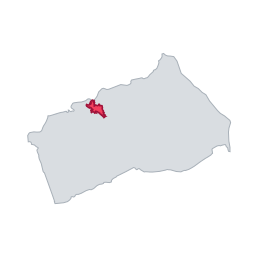 location of Nanumba South, Northern, Ghana, rotated 251°
{"feature_id": "2480657B24752518727633", "entity_name": "Nanumba South", "entity_type": "district", "adm_level": 2, "iso_a3": "GHA", "parent_name": "Ghana", "parent_adm1": "Northern", "projection": "natural_earth1", "projection_center": [0.077, 8.766], "detail": "fine", "context": "in_parent", "style": "filled", "palette": "rose", "viewbox_px": 256, "rotation_deg": 251, "n_neighbors": 0, "source": "geoboundaries", "source_scale": "gbopen_adm2", "svg_char_len": 6354}
<svg xmlns="http://www.w3.org/2000/svg" viewBox="0 0 256 256"><g transform="rotate(251 128 128)"><path d="M153.5,30.7L155.2,32.6L155.6,33.7L155.0,37.7L153.8,40.5L153.0,43.1L153.1,44.4L153.8,45.7L156.4,47.8L157.7,49.1L159.3,51.2L161.1,53.1L164.2,55.7L165.5,56.2L165.4,56.9L165.0,57.9L164.7,67.5L164.5,70.0L164.2,71.3L164.0,74.8L163.6,75.4L163.0,75.3L162.5,75.5L162.4,76.2L162.6,76.9L164.4,77.4L164.0,78.0L162.7,78.5L162.0,79.5L162.3,80.8L161.6,81.8L161.8,82.4L162.3,82.9L163.0,82.7L165.2,81.1L166.1,80.9L167.2,81.3L169.3,83.8L169.4,85.0L168.6,89.2L167.7,92.5L167.6,96.9L168.5,99.3L168.3,100.7L167.4,101.8L165.3,103.5L165.4,104.7L166.4,106.8L168.2,109.2L171.7,112.1L173.6,116.0L173.6,117.6L172.5,119.1L171.3,120.5L170.9,122.4L171.4,135.3L168.6,140.9L168.6,142.5L168.9,144.4L169.6,145.5L171.1,145.8L172.2,146.9L171.8,150.8L171.2,154.8L171.1,156.8L170.8,157.7L169.7,158.4L169.3,159.7L169.5,161.2L169.3,162.4L169.9,163.9L171.2,165.8L173.2,170.4L174.0,170.7L174.4,171.7L174.2,172.7L175.0,174.7L177.2,176.7L179.6,178.5L181.6,178.8L182.0,180.4L183.3,182.4L184.2,183.3L185.7,183.9L186.9,184.2L186.9,185.9L184.8,187.1L183.3,188.8L182.2,191.5L180.6,194.5L175.3,196.1L173.2,196.1L162.3,196.1L152.0,202.0L146.1,204.1L142.4,207.3L137.5,209.7L134.1,212.5L127.0,213.9L115.4,218.3L111.7,220.1L108.0,223.2L102.0,226.8L99.7,226.8L95.0,223.4L91.5,221.7L82.8,219.1L76.4,218.1L73.3,217.0L72.4,216.8L73.2,215.5L75.0,215.5L76.9,215.8L78.3,214.9L80.4,214.8L80.9,213.8L81.1,211.4L81.1,209.4L81.8,208.5L82.0,206.2L81.0,201.0L80.3,200.4L76.5,199.7L76.2,198.6L75.5,197.6L74.8,194.9L74.0,190.9L72.7,186.0L70.2,177.9L69.6,175.1L69.1,172.1L69.1,168.6L69.6,167.3L69.5,165.5L69.3,163.8L71.1,159.6L74.6,154.6L75.3,152.8L76.0,151.5L76.0,149.7L76.7,143.8L78.4,136.7L79.4,134.0L80.1,132.5L81.0,130.2L81.2,129.0L84.4,126.3L85.9,125.5L86.2,124.4L85.7,123.2L85.9,122.4L86.7,122.0L87.9,121.6L88.8,120.5L87.4,111.7L86.3,103.0L86.3,102.2L85.6,101.0L85.0,97.4L83.9,95.3L82.4,94.7L82.4,92.7L84.0,89.3L84.4,87.4L83.6,86.8L83.5,85.2L84.0,82.7L83.8,81.2L83.5,79.6L81.9,75.8L81.6,73.1L82.4,71.5L82.4,68.0L81.5,62.6L81.4,59.3L82.0,57.8L81.7,56.5L80.5,55.2L80.5,54.0L81.4,52.8L81.3,51.8L80.1,51.2L79.0,49.5L78.1,46.9L78.3,42.7L80.1,35.0L80.3,34.4L82.4,34.4L82.4,34.7L88.8,34.7L96.2,34.6L105.0,34.5L113.0,34.4L113.3,34.0L114.6,33.6L122.7,34.4L127.7,34.0L129.9,34.3L131.4,34.8L134.9,34.5L136.8,34.7L138.2,36.6L138.7,36.6L139.5,35.8L140.9,34.8L142.3,34.1L143.3,32.6L144.0,31.4L144.9,31.7L146.2,31.6L147.1,30.6L147.4,29.2L153.5,30.7Z" fill="#d9dde1" stroke="#a8b0b8" stroke-width="1"/><path d="M145.8,108.7L145.8,108.8L145.7,109.0L145.8,109.1L145.9,109.3L146.0,109.4L146.2,109.5L146.1,109.9L146.4,110.3L146.4,110.6L146.5,110.5L146.8,110.5L146.9,110.4L146.9,110.5L147.0,110.5L147.1,110.4L147.3,110.4L147.4,110.2L147.6,110.0L147.4,110.2L147.5,110.2L147.8,110.0L147.8,109.9L148.0,109.7L148.1,109.8L148.2,110.2L148.3,110.1L148.4,109.9L148.5,109.8L148.7,109.7L148.8,109.8L148.9,109.7L149.0,109.7L149.0,109.4L149.3,109.4L149.5,109.6L149.7,109.9L150.0,109.8L150.1,110.0L150.3,110.3L150.4,110.2L150.6,110.0L150.7,109.9L150.8,109.9L150.8,110.0L150.9,109.8L151.0,109.7L151.1,109.8L151.1,110.0L152.1,110.0L152.1,110.3L152.3,110.3L152.4,110.2L152.9,110.1L153.5,109.8L153.9,109.8L154.4,110.0L154.6,110.0L154.9,110.1L155.2,110.0L155.3,110.2L155.3,110.3L155.5,110.5L156.0,110.5L156.5,110.6L156.8,110.6L157.0,110.7L157.4,110.7L157.6,110.7L157.9,109.9L158.0,109.4L158.1,109.2L158.2,108.7L158.3,108.5L158.8,108.3L159.1,108.5L159.3,108.8L159.5,108.8L159.7,108.6L159.8,108.6L159.9,108.4L159.9,108.1L159.9,107.9L159.4,107.7L159.0,107.1L159.0,106.8L159.0,106.3L159.4,105.9L159.8,105.3L159.9,105.2L160.1,105.1L160.2,104.9L160.2,104.7L159.7,103.6L159.8,103.3L159.8,103.2L160.0,103.2L159.9,103.2L159.9,103.3L160.1,103.4L160.2,103.6L160.1,103.9L160.2,104.0L160.3,104.1L160.3,103.9L160.4,104.0L160.7,104.0L160.7,103.9L160.8,103.8L161.0,103.6L161.2,103.8L161.3,103.8L161.5,103.7L161.7,103.8L161.8,104.0L162.0,104.0L162.1,103.9L162.3,103.9L162.3,104.1L162.5,104.1L162.5,104.3L162.8,104.6L163.0,104.3L163.1,104.1L163.3,104.0L163.3,104.3L163.3,104.5L163.5,104.5L163.7,104.3L163.9,104.3L164.0,104.5L164.2,104.4L164.4,104.4L164.5,104.5L164.4,104.6L164.5,104.8L164.6,104.7L164.9,104.8L164.9,104.7L164.7,104.3L164.6,104.1L165.2,104.2L165.3,104.2L165.5,104.1L165.6,103.9L165.3,103.6L165.5,103.7L165.9,103.7L166.0,103.6L166.0,103.4L165.9,103.6L165.9,103.4L165.7,103.4L165.5,103.2L165.4,103.1L165.5,102.9L165.4,102.7L165.5,102.5L165.5,102.3L165.6,102.2L165.4,101.9L165.3,101.7L165.3,101.4L165.1,101.3L165.0,101.2L164.6,100.7L164.1,100.4L163.9,100.2L163.9,100.4L164.0,100.7L164.0,101.1L164.0,101.3L163.9,101.4L163.7,101.4L163.4,101.2L163.1,100.9L162.9,100.8L163.0,100.6L162.9,100.3L162.7,100.1L162.8,99.9L162.6,99.8L162.6,99.2L162.5,98.5L162.5,98.3L162.7,98.1L162.8,97.8L163.1,97.3L163.6,96.8L163.6,96.7L163.8,96.5L163.5,96.2L163.0,96.0L162.8,95.9L162.7,95.9L162.2,96.1L161.9,96.1L161.5,96.5L161.2,96.9L160.9,96.9L160.2,97.2L160.1,97.4L160.3,98.4L160.3,98.5L160.1,98.7L159.9,98.6L159.9,98.4L159.6,98.3L159.6,98.2L159.4,98.2L159.4,98.3L159.3,98.5L159.4,98.8L159.3,99.0L159.2,99.3L159.1,99.5L159.0,99.8L158.9,99.8L158.9,99.7L158.7,99.8L158.7,99.7L158.4,99.7L158.2,99.6L157.8,99.7L157.6,99.7L157.3,99.7L157.2,99.8L157.3,100.1L157.2,100.4L157.2,100.6L157.0,100.8L156.7,100.8L156.6,100.7L156.3,100.2L156.4,99.9L156.9,99.7L156.9,99.0L156.9,98.6L156.4,98.5L156.2,98.6L155.9,98.7L155.6,98.9L155.4,98.9L155.1,98.5L154.9,98.5L154.8,98.4L154.6,98.3L154.4,98.4L154.4,98.5L154.5,98.8L154.7,99.0L154.8,99.0L154.6,100.6L152.8,101.4L152.8,101.6L153.0,102.0L153.1,102.3L153.0,102.5L152.8,102.6L152.7,102.7L152.8,102.8L152.7,102.9L152.7,103.0L152.8,103.0L152.7,103.0L152.8,102.9L153.0,102.8L153.3,102.8L153.7,102.7L153.9,102.7L153.7,102.5L153.7,102.4L153.9,102.3L154.0,102.3L154.1,102.5L154.1,102.8L153.9,102.9L153.8,103.5L154.0,103.6L153.9,103.8L153.7,103.9L153.4,104.2L153.2,104.4L153.2,104.5L152.6,104.7L152.5,104.8L152.4,105.0L152.2,105.1L152.2,105.3L151.9,105.4L151.9,105.6L151.5,105.7L151.3,105.8L151.2,106.0L151.0,105.9L150.8,106.0L150.5,106.1L150.2,106.2L150.1,106.3L150.0,106.5L149.9,106.6L149.7,106.6L149.5,106.9L149.5,107.0L149.2,107.0L149.0,107.3L148.8,107.2L148.7,107.4L148.5,107.6L148.3,107.4L148.2,107.5L147.9,107.8L147.5,107.8L146.7,108.2L146.5,108.7L146.3,108.9L146.2,108.9L145.8,108.7Z" fill="#f43f5e" stroke="#9f1239" stroke-width="1.5"/></g></svg>